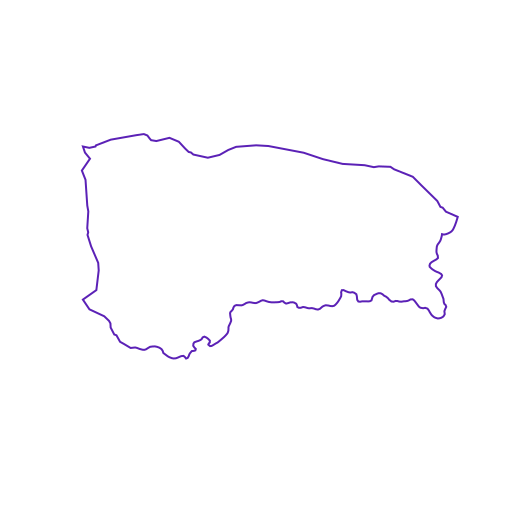 San José Poaquil, Chimaltenango, Guatemala, rotated 107°
{"feature_id": "79465075B26188939943042", "entity_name": "San José Poaquil", "entity_type": "district", "adm_level": 2, "iso_a3": "GTM", "parent_name": "Guatemala", "parent_adm1": "Chimaltenango", "projection": "natural_earth1", "projection_center": [-90.895, 14.861], "detail": "fine", "context": "isolated", "style": "outline", "palette": "violet", "viewbox_px": 512, "rotation_deg": 107, "n_neighbors": 0, "source": "geoboundaries", "source_scale": "gbopen_adm2", "svg_char_len": 3992}
<svg xmlns="http://www.w3.org/2000/svg" viewBox="0 0 512 512"><g transform="rotate(107 256 256)"><path d="M348.3,408.8L355.7,399.7L358.0,383.5L361.0,377.6L363.0,375.5L366.9,374.1L372.5,368.6L372.6,366.3L377.8,360.9L378.7,356.7L380.6,349.0L378.8,344.8L378.7,342.9L378.9,340.2L378.8,337.0L378.3,335.2L377.4,333.9L375.4,332.2L373.8,330.7L372.7,328.3L372.0,326.2L371.8,324.1L371.9,321.9L372.2,320.6L372.7,319.1L374.0,317.5L375.8,316.3L376.3,315.0L377.2,312.5L377.7,311.1L378.1,309.3L378.3,306.6L378.1,304.9L377.3,302.8L376.2,301.3L374.4,299.2L373.6,298.2L372.7,296.1L373.5,294.3L374.5,292.9L373.5,291.6L371.6,291.1L369.5,291.0L368.3,290.7L365.7,289.6L364.9,287.7L364.0,286.4L362.5,286.4L361.5,288.2L360.2,289.8L358.0,290.2L356.5,289.7L354.9,287.6L354.0,286.2L352.6,284.6L351.4,283.7L349.4,283.2L348.2,281.8L348.5,279.5L349.2,277.6L350.4,275.4L352.3,274.9L353.4,275.6L354.7,275.7L355.6,273.6L355.0,272.2L353.8,271.0L351.5,269.0L349.9,267.4L346.6,265.2L342.9,262.9L341.0,261.9L339.0,261.0L337.7,260.6L335.5,260.6L333.4,261.1L332.2,261.5L330.8,261.5L329.1,261.2L327.6,261.0L325.3,260.8L323.8,261.3L322.1,262.4L320.4,263.2L318.2,264.1L316.9,264.0L315.5,263.2L313.8,262.5L311.9,262.5L310.5,262.2L309.4,261.4L308.6,260.2L308.3,258.7L307.8,257.0L307.5,255.6L306.7,254.3L305.3,252.9L303.8,251.6L302.7,249.9L302.1,248.6L301.8,246.9L301.7,245.5L301.4,243.6L301.0,242.2L300.2,241.1L298.6,239.3L297.4,238.2L296.3,236.6L296.1,234.7L296.2,232.7L296.2,230.4L295.8,227.8L295.1,225.3L294.4,223.4L293.8,221.6L292.9,219.7L291.9,218.7L291.4,216.8L292.3,215.2L292.7,213.3L291.7,211.6L290.3,209.6L289.5,207.3L289.4,205.9L289.9,203.6L291.2,202.4L292.7,201.5L293.0,199.9L292.4,198.0L291.0,196.1L290.7,194.0L290.7,191.4L290.5,189.9L289.5,187.4L289.3,185.2L289.4,183.3L289.1,181.1L287.9,179.5L286.3,178.5L284.9,177.6L283.6,176.2L282.7,174.9L282.2,172.3L282.1,170.3L281.7,168.4L280.8,166.8L279.4,165.8L277.9,165.1L276.8,164.6L275.0,164.0L272.6,163.4L271.3,163.1L269.6,162.8L267.3,163.3L265.8,164.0L263.6,163.9L263.0,162.3L263.4,159.9L263.6,157.1L263.4,155.2L262.4,153.2L262.4,151.4L263.2,148.9L265.0,147.8L266.7,147.1L268.3,146.4L269.6,144.8L269.3,143.1L268.3,141.2L267.7,139.3L267.3,137.9L266.5,135.1L265.9,133.8L264.7,132.6L262.9,132.6L261.0,132.6L258.9,131.7L257.4,130.0L256.5,129.0L255.7,127.8L255.2,125.9L255.6,123.8L256.5,121.9L256.9,119.6L257.9,117.2L258.8,116.0L259.9,113.2L259.5,111.1L258.2,109.4L257.7,107.7L257.7,105.7L257.2,103.6L256.1,101.4L255.5,99.7L254.6,97.9L253.7,96.8L252.4,95.6L251.6,93.5L252.2,91.8L253.0,90.6L255.2,87.6L256.8,85.4L257.4,83.7L257.1,80.9L256.1,79.1L256.2,76.6L257.6,74.7L258.9,73.4L260.7,71.3L261.4,70.2L262.3,68.1L262.6,66.6L262.6,63.9L262.0,62.5L261.1,61.0L259.7,59.6L258.4,58.9L256.5,58.5L253.7,59.7L251.6,59.6L249.0,59.2L247.5,60.3L246.7,61.9L245.3,62.9L242.2,64.2L240.5,65.5L238.0,67.4L236.1,69.1L235.1,70.6L233.8,73.1L232.3,75.1L230.2,75.8L228.1,75.4L226.4,74.6L224.8,73.8L222.1,72.4L220.1,72.4L219.1,73.6L218.4,76.6L218.3,78.5L218.0,80.5L217.2,83.3L216.7,84.6L215.6,86.7L214.4,87.3L212.5,87.3L210.7,86.4L208.7,84.6L206.4,82.4L204.7,81.4L202.5,82.3L201.2,83.5L200.0,84.3L198.8,84.8L197.2,85.2L194.3,85.8L193.0,85.8L191.8,85.6L189.7,84.8L187.5,84.2L185.8,84.1L182.7,84.2L180.7,84.5L180.6,82.6L179.6,80.7L178.4,79.1L176.8,77.4L175.4,76.3L173.7,75.5L172.4,75.2L171.1,75.0L168.8,74.7L164.8,74.5L161.5,74.5L159.6,74.5L158.1,87.3L155.2,91.6L155.1,94.0L150.4,98.7L140.1,118.5L134.4,129.2L132.7,149.3L131.4,153.5L134.4,164.8L136.6,169.3L137.4,178.6L142.6,200.1L143.8,220.3L143.3,240.6L147.2,276.3L150.1,288.2L157.4,306.9L162.7,313.5L170.0,320.4L176.1,330.8L177.3,345.6L176.0,348.5L176.2,350.8L174.0,355.1L169.3,363.2L168.3,373.3L175.2,384.9L175.9,390.2L174.7,392.1L172.5,395.1L172.2,399.0L175.5,405.9L187.2,428.9L197.0,441.4L198.2,441.5L201.3,447.0L201.9,453.5L207.1,449.8L211.5,443.2L225.2,447.5L233.0,441.3L257.1,432.1L262.4,429.4L278.8,425.5L282.4,423.4L285.1,423.3L295.0,416.5L308.7,404.9L315.8,402.2L335.3,398.7L348.3,408.8Z" fill="none" stroke="#5b21b6" stroke-width="2"/></g></svg>